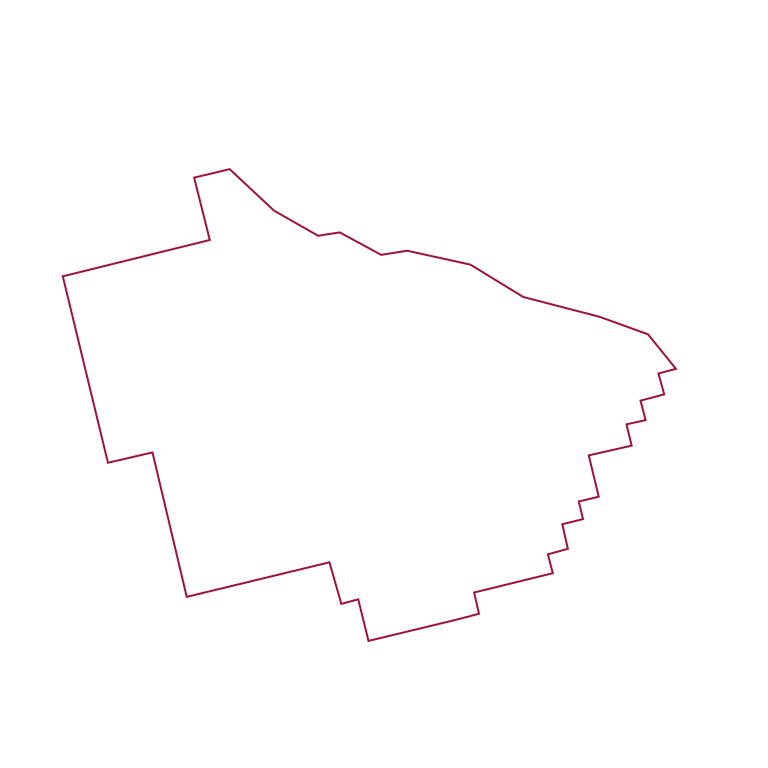 outline of Bacon, Georgia, United States of America, rotated 346°
{"feature_id": "52423323B99380284594024", "entity_name": "Bacon", "entity_type": "district", "adm_level": 2, "iso_a3": "USA", "parent_name": "United States of America", "parent_adm1": "Georgia", "projection": "mercator", "projection_center": [-82.395, 31.564], "detail": "fine", "context": "isolated", "style": "outline", "palette": "rose", "viewbox_px": 768, "rotation_deg": 346, "n_neighbors": 0, "source": "geoboundaries", "source_scale": "gbopen_adm2", "svg_char_len": 632}
<svg xmlns="http://www.w3.org/2000/svg" viewBox="0 0 768 768"><g transform="rotate(346 384 384)"><path d="M141.1,542.8L287.9,543.8L289.4,587.0L306.9,586.7L306.8,629.5L398.5,630.2L420.6,629.9L421.0,608.1L502.0,608.4L501.8,588.9L522.5,588.4L523.1,563.2L544.4,563.2L544.6,545.1L565.1,545.3L565.4,502.8L609.4,503.7L609.5,481.8L629.1,482.3L628.9,462.2L653.4,461.8L652.8,440.2L670.9,439.9L652.2,399.7L609.3,370.9L540.2,333.3L496.7,289.1L438.7,260.3L412.5,258.0L377.7,226.2L355.9,224.2L319.3,189.3L286.2,138.2L249.7,137.8L249.8,202.1L98.4,201.8L97.1,393.6L142.8,394.4L141.1,542.8Z" fill="none" stroke="#9f1239" stroke-width="2"/></g></svg>